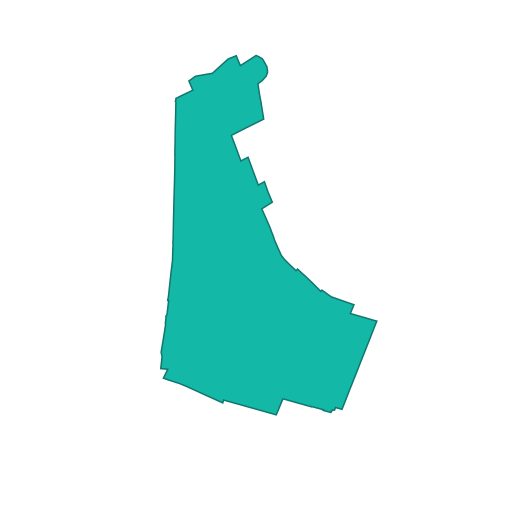 the district of Salcia Tudor, Braila, Romania, rotated 311°
{"feature_id": "2599482B15573123019161", "entity_name": "Salcia Tudor", "entity_type": "district", "adm_level": 2, "iso_a3": "ROU", "parent_name": "Romania", "parent_adm1": "Braila", "projection": "robinson", "projection_center": [27.512, 45.411], "detail": "fine", "context": "isolated", "style": "filled", "palette": "teal", "viewbox_px": 512, "rotation_deg": 311, "n_neighbors": 0, "source": "geoboundaries", "source_scale": "gbopen_adm2", "svg_char_len": 2875}
<svg xmlns="http://www.w3.org/2000/svg" viewBox="0 0 512 512"><g transform="rotate(311 256 256)"><path d="M286.1,389.9L283.8,385.1L280.7,378.2L280.1,377.1L276.2,368.6L274.5,364.9L280.9,362.8L283.5,361.9L283.1,360.9L282.2,358.7L280.5,354.5L275.0,340.6L274.7,340.7L274.1,334.8L274.1,334.2L273.5,328.1L271.8,328.1L272.4,320.1L272.9,312.2L273.2,304.1L273.1,303.8L273.4,295.9L271.2,295.9L271.5,287.8L271.9,281.9L272.1,279.7L272.2,279.1L273.1,274.6L276.6,267.1L280.2,259.5L282.2,256.2L284.3,252.2L286.6,248.0L288.4,244.3L291.9,236.9L295.4,229.4L307.3,233.0L312.5,222.5L317.6,213.6L311.0,211.2L325.3,185.2L317.8,182.2L324.1,170.8L330.4,159.1L331.0,158.3L346.1,164.4L364.4,172.0L375.8,158.3L380.3,152.6L381.4,151.3L387.3,144.4L388.5,144.7L392.5,145.6L398.4,145.7L402.1,144.3L403.5,143.0L405.1,141.1L405.5,140.6L406.0,140.2L406.2,139.4L406.6,138.2L407.1,137.1L408.0,134.6L408.7,132.5L409.0,131.4L408.3,127.6L407.4,124.5L398.3,121.9L389.5,119.3L390.8,116.5L391.8,114.4L394.2,109.7L386.7,105.9L386.2,105.7L375.3,104.4L366.0,103.3L365.4,103.3L359.9,98.8L352.2,92.6L351.9,92.4L344.1,90.5L339.7,99.5L326.4,93.8L324.9,93.2L324.6,93.1L322.5,92.2L321.9,92.5L321.2,93.1L320.9,93.4L320.6,93.5L320.1,93.5L319.9,93.6L319.6,94.1L319.3,94.8L318.8,95.3L316.4,97.2L314.3,99.0L300.5,110.4L293.2,116.5L290.3,119.0L278.6,128.8L278.5,129.0L278.1,129.4L268.9,137.2L259.0,145.4L242.3,159.1L240.3,160.8L228.9,170.2L217.2,180.0L213.8,182.8L211.8,184.3L211.2,184.8L210.0,186.1L206.9,188.5L197.6,196.1L188.8,202.0L176.7,210.4L170.9,214.5L166.4,217.5L165.8,217.7L165.5,217.8L165.1,218.1L164.5,218.5L165.0,219.3L153.2,227.4L152.6,227.3L152.0,227.4L151.5,227.5L151.1,227.7L150.9,228.0L150.6,228.4L146.7,231.1L146.3,231.3L145.9,231.6L145.4,232.4L144.5,233.0L139.5,236.2L126.4,244.3L125.2,245.0L121.2,247.5L120.4,248.4L120.0,249.0L119.7,249.4L118.9,250.5L118.6,250.9L118.3,251.2L118.0,251.4L116.3,252.6L113.9,254.3L108.5,258.0L108.9,258.5L109.2,258.9L109.8,259.8L110.6,260.9L111.4,262.0L111.9,262.7L112.6,263.7L103.0,266.3L103.6,267.6L104.0,268.8L105.3,272.0L107.8,277.8L109.4,281.5L109.5,281.7L110.2,283.8L111.4,287.4L111.6,288.0L111.8,288.5L111.9,288.9L112.2,289.9L112.6,291.2L114.3,297.0L114.8,298.6L115.1,299.7L117.5,307.9L120.0,316.1L121.8,322.2L122.8,325.6L123.2,326.8L123.3,327.3L126.0,326.0L129.5,333.4L131.6,337.8L134.0,342.8L137.5,350.3L139.8,355.1L146.8,369.9L149.4,375.5L158.2,372.6L162.0,371.3L165.0,370.3L165.9,370.0L172.3,383.6L178.6,396.9L178.9,396.8L184.3,407.9L183.6,408.1L187.0,415.1L187.7,414.8L188.1,415.1L189.8,414.6L191.2,416.4L193.8,415.4L194.6,417.2L194.9,417.5L196.6,421.5L199.8,420.4L208.9,417.2L217.4,414.1L221.6,412.7L225.8,411.2L234.7,408.1L243.3,405.0L244.9,404.4L251.8,402.0L260.4,399.0L260.6,398.9L265.0,397.4L266.3,396.9L269.0,396.0L270.8,395.3L275.6,393.6L276.6,393.2L278.6,392.5L281.2,391.6L283.5,390.8L286.1,389.9Z" fill="#14b8a6" stroke="#0f766e" stroke-width="1.5"/></g></svg>